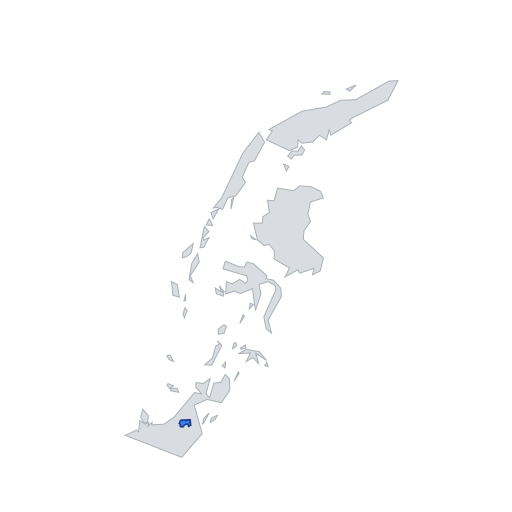 Puncak, Papua, Indonesia (highlighted), rotated 111°
{"feature_id": "22746128B1222572676249", "entity_name": "Puncak", "entity_type": "district", "adm_level": 2, "iso_a3": "IDN", "parent_name": "Indonesia", "parent_adm1": "Papua", "projection": "albers", "projection_center": [137.288, -3.568], "detail": "fine", "context": "in_parent", "style": "filled", "palette": "blue", "viewbox_px": 512, "rotation_deg": 111, "n_neighbors": 0, "source": "geoboundaries", "source_scale": "gbopen_adm2", "svg_char_len": 5602}
<svg xmlns="http://www.w3.org/2000/svg" viewBox="0 0 512 512"><g transform="rotate(111 256 256)"><path d="M177.6,213.9L186.1,224.5L198.2,222.7L204.3,217.5L215.1,220.2L223.4,218.0L233.7,192.3L247.0,190.7L253.4,196.6L246.7,197.3L256.4,209.2L253.9,211.9L265.2,221.4L255.2,220.5L252.3,238.0L244.7,240.7L240.5,247.7L243.3,252.4L240.6,260.2L226.3,270.2L222.9,261.6L217.0,263.8L210.6,259.1L199.8,265.2L198.1,259.0L184.8,260.1L181.8,244.5L174.9,240.3L171.6,229.6L172.5,219.0L177.6,213.9ZM41.4,186.3L63.3,188.7L92.4,215.4L95.9,217.5L97.2,214.5L116.4,229.4L112.0,232.9L122.4,231.9L120.6,240.0L129.3,244.0L134.2,253.6L132.5,258.4L139.4,256.1L145.7,262.7L143.8,288.0L133.4,285.6L133.2,289.2L104.2,264.8L91.5,243.4L80.3,232.9L74.5,219.1L45.1,194.5L41.4,186.3ZM470.6,253.2L470.3,313.8L461.4,305.2L462.4,302.6L451.1,305.5L452.9,299.5L449.8,296.4L450.9,295.9L452.7,296.1L453.8,295.8L448.4,293.4L450.9,292.7L446.0,281.7L436.2,274.9L405.5,264.4L404.2,257.3L400.1,265.2L395.6,266.7L394.1,259.6L386.8,254.9L402.9,253.3L404.9,248.5L389.9,249.8L386.3,243.5L377.6,242.3L380.0,237.0L390.6,232.3L405.4,235.8L407.5,250.4L417.3,260.2L441.1,242.6L470.6,253.2ZM320.4,220.4L309.9,226.9L280.2,225.3L276.6,227.8L275.6,235.5L281.4,243.0L289.7,237.8L307.1,237.0L287.8,247.6L296.7,257.0L296.5,263.7L302.3,270.8L290.5,274.4L290.6,268.2L283.8,263.0L285.2,255.8L281.4,255.1L277.8,257.8L279.9,282.3L271.8,282.7L272.1,268.0L270.6,263.1L265.0,262.2L264.0,255.9L270.5,238.9L273.6,238.4L272.3,231.2L277.2,221.3L284.8,217.8L311.5,221.8L322.4,213.9L320.4,220.4ZM146.8,288.8L167.8,291.6L171.2,296.2L187.4,297.1L191.1,292.2L207.0,296.4L211.6,303.1L224.5,304.0L224.5,309.7L226.4,313.0L213.9,308.9L164.4,305.1L139.5,297.6L146.8,288.8ZM347.0,221.4L355.9,214.6L351.9,222.4L357.9,227.2L348.5,226.5L353.6,237.5L346.7,231.5L344.1,218.7L349.7,208.8L347.0,221.4ZM351.7,255.9L373.8,258.2L376.0,265.0L367.0,260.1L354.7,261.3L351.1,258.6L349.0,261.8L351.7,255.9ZM302.1,310.0L286.0,313.3L274.6,311.3L282.0,306.9L297.9,310.3L303.3,305.3L302.1,310.0ZM255.6,306.6L266.4,307.8L268.4,311.2L246.8,314.8L250.1,308.7L257.7,311.9L260.1,310.6L255.6,306.6ZM322.0,312.8L322.4,319.5L310.3,325.7L310.8,319.2L322.0,312.8ZM145.2,249.3L148.4,256.6L152.7,257.5L151.4,262.2L145.1,260.1L143.0,254.2L136.8,253.1L139.7,248.6L145.2,249.3ZM447.8,305.9L439.6,306.9L443.6,299.3L450.0,297.6L452.0,300.5L447.8,305.9ZM276.6,317.6L281.7,320.7L284.1,324.2L279.0,325.5L266.9,319.1L276.6,317.6ZM339.3,258.1L342.7,263.2L337.7,265.0L331.8,261.3L332.1,258.4L339.3,258.1ZM225.1,307.5L236.6,309.4L231.6,313.6L225.1,307.5ZM243.0,307.4L244.9,313.7L238.1,312.9L243.0,307.4ZM165.7,258.2L160.3,263.2L160.6,257.2L165.7,258.2ZM411.0,279.4L412.4,287.5L409.9,287.9L407.7,282.0L411.0,279.4ZM221.2,296.3L212.5,299.0L208.8,297.7L221.2,296.3ZM305.2,272.2L305.4,279.5L300.4,282.6L302.2,272.9L305.2,272.2ZM60.5,223.8L68.6,227.6L67.7,231.5L60.5,223.8ZM81.2,252.7L78.0,251.3L76.3,245.4L78.7,245.2L81.2,252.7ZM381.1,303.5L379.3,300.6L384.0,295.2L383.8,300.0L381.1,303.5ZM371.6,229.7L380.8,231.7L370.5,231.0L371.6,229.7ZM316.3,245.1L324.7,247.0L315.5,247.0L316.3,245.1ZM301.4,275.8L297.0,279.5L300.8,272.9L301.4,275.8ZM418.5,234.9L423.3,235.6L427.8,239.0L423.5,239.8L418.5,234.9ZM339.2,300.8L336.2,303.4L329.9,303.8L331.5,300.8L339.2,300.8ZM410.8,288.9L408.8,292.6L406.6,292.5L406.8,286.5L410.8,288.9ZM351.1,244.7L345.6,245.4L344.1,244.1L346.4,241.7L351.1,244.7ZM419.4,243.7L426.1,244.2L432.6,245.6L426.4,246.5L419.4,243.7ZM302.2,240.9L307.9,243.3L302.1,244.6L302.2,240.9ZM355.2,208.6L351.4,207.9L355.0,205.1L355.2,208.6ZM316.9,308.0L323.0,305.7L323.8,307.1L316.9,308.0ZM371.6,244.8L370.7,248.1L365.9,246.5L368.3,245.5L371.6,244.8ZM241.3,266.1L239.0,268.4L240.8,261.3L241.3,266.1ZM345.6,232.3L348.5,236.8L347.4,237.5L343.1,234.0L345.6,232.3Z" fill="#d9dde1" stroke="#a8b0b8" stroke-width="1"/><path d="M435.3,265.2L435.4,265.3L435.4,265.5L435.5,265.7L435.5,266.3L436.1,266.4L436.3,266.4L436.3,266.6L436.6,267.6L437.6,267.6L437.8,267.6L438.0,267.6L438.3,267.6L439.1,267.6L439.9,267.7L440.1,267.2L440.1,266.9L440.2,266.6L440.4,266.4L440.6,266.2L440.9,266.0L441.1,265.9L441.4,265.8L441.7,265.9L441.9,265.8L442.0,265.8L442.3,265.7L442.4,265.4L442.4,265.0L442.4,264.8L442.2,264.7L441.9,264.2L441.9,263.9L441.9,263.7L441.9,263.3L441.8,263.1L441.7,263.2L441.5,263.3L441.4,263.3L441.2,263.2L440.9,263.0L440.8,262.9L440.7,262.7L440.5,262.4L440.4,262.4L439.9,262.4L439.7,262.4L439.3,262.2L438.9,261.7L438.4,261.4L438.2,261.3L438.0,261.0L438.0,260.7L437.9,260.5L437.8,260.4L437.7,260.1L437.4,259.8L437.2,259.6L437.4,259.3L437.6,259.1L437.9,258.9L438.0,258.9L438.3,258.6L438.6,258.4L439.0,258.1L439.3,257.8L439.1,257.6L439.0,257.4L438.9,257.4L438.8,257.2L438.7,257.2L438.5,257.3L438.4,257.3L438.2,257.2L438.2,257.3L438.2,257.2L437.9,257.2L437.7,257.1L437.6,256.9L437.5,256.7L437.4,256.7L437.2,256.6L437.2,256.4L437.0,256.5L436.6,256.6L436.3,256.8L436.2,256.8L435.9,257.1L435.7,257.2L435.5,257.3L435.2,257.4L435.0,257.5L435.3,257.7L435.3,257.8L435.2,257.9L435.1,258.0L434.9,258.0L434.8,257.9L434.7,257.9L434.7,258.0L434.4,258.2L434.4,258.3L434.2,258.4L434.0,258.5L433.9,258.5L433.7,258.5L433.7,258.4L433.6,258.5L433.5,258.4L433.4,258.4L433.4,258.5L433.2,258.6L432.9,258.5L432.7,258.5L432.7,258.8L432.5,259.0L432.7,259.4L432.8,259.6L433.1,259.9L433.1,260.1L433.1,260.5L433.4,260.6L433.4,260.9L433.4,261.0L433.4,261.3L433.6,261.3L433.8,261.4L433.8,261.6L433.8,261.9L434.1,262.1L434.3,262.2L434.3,262.3L434.6,262.2L434.9,262.3L434.8,262.7L434.8,262.8L434.8,263.0L434.7,263.3L434.6,263.5L434.6,263.8L434.7,264.1L434.7,264.3L434.8,264.4L434.9,264.6L435.2,264.9L435.3,265.2Z" fill="#3b82f6" stroke="#1e3a8a" stroke-width="1.5"/></g></svg>